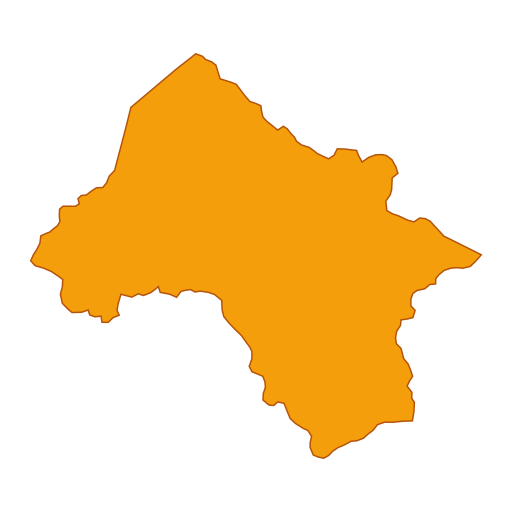 outline of Barra de Santana, Paraíba, Brazil
{"feature_id": "56859067B28014934647580", "entity_name": "Barra de Santana", "entity_type": "district", "adm_level": 2, "iso_a3": "BRA", "parent_name": "Brazil", "parent_adm1": "Paraíba", "projection": "robinson", "projection_center": [-35.963, -7.568], "detail": "fine", "context": "isolated", "style": "filled", "palette": "amber", "viewbox_px": 512, "rotation_deg": 0, "n_neighbors": 0, "source": "geoboundaries", "source_scale": "gbopen_adm2", "svg_char_len": 2640}
<svg xmlns="http://www.w3.org/2000/svg" viewBox="0 0 512 512"><path d="M273.7,405.5L277.7,401.9L284.0,403.3L287.4,411.8L290.1,418.4L295.4,423.4L302.9,428.2L307.9,430.5L311.6,436.4L310.2,442.3L310.1,447.5L313.3,455.0L318.4,457.1L323.7,458.2L328.6,455.5L332.9,451.0L338.2,447.5L344.2,445.0L351.2,441.2L356.7,440.8L363.5,438.2L367.5,434.5L373.2,430.2L377.4,424.7L384.6,422.2L393.0,422.2L403.2,421.2L412.4,420.9L413.9,411.7L414.4,402.4L411.7,398.2L411.9,392.4L407.1,386.1L409.8,380.5L412.6,376.3L410.2,369.0L408.1,364.0L403.7,358.6L401.0,348.4L396.4,343.7L395.5,337.9L396.7,331.3L400.5,325.3L401.0,319.9L407.3,319.0L412.9,317.6L415.1,310.4L410.9,305.8L410.9,299.0L412.9,293.4L417.2,290.4L424.8,288.8L429.8,284.5L435.6,283.9L435.7,278.7L438.8,274.8L444.1,270.4L451.5,268.0L457.4,267.7L462.9,268.2L470.3,266.4L476.0,260.8L481.3,254.8L443.8,236.1L438.3,230.0L434.4,225.9L430.3,221.3L425.2,218.6L419.7,218.0L413.9,221.9L407.8,220.2L402.5,217.7L397.9,215.6L392.6,213.9L386.8,210.5L385.8,201.2L390.2,194.9L391.6,189.8L391.9,184.2L392.2,177.9L397.9,173.3L395.9,167.0L391.9,159.7L386.3,155.5L381.9,154.6L375.7,154.8L368.7,157.4L362.1,162.0L358.4,155.3L356.6,150.4L351.8,149.9L345.4,149.1L337.3,148.8L334.0,155.3L328.6,158.8L321.8,155.7L317.2,153.5L313.5,150.5L309.2,147.4L301.6,145.0L296.6,141.4L294.4,137.1L291.0,133.7L287.2,128.8L283.4,126.3L277.7,130.1L272.7,126.0L266.9,121.4L263.0,117.1L261.5,111.0L260.9,105.7L255.8,103.5L249.9,101.5L244.9,95.8L236.2,84.3L230.6,82.1L224.8,80.3L220.2,78.9L218.0,72.2L215.9,65.1L211.5,61.8L205.7,59.6L202.5,56.3L195.8,53.8L175.7,69.6L130.9,107.4L125.7,128.3L114.6,170.5L109.2,176.2L106.6,182.8L102.8,187.5L96.4,187.8L90.9,191.4L86.5,194.9L81.4,195.5L78.0,198.6L79.3,203.7L75.4,206.3L69.3,206.2L63.1,206.2L59.6,209.1L59.3,216.4L59.9,221.6L57.5,225.7L53.6,228.7L49.8,232.0L45.7,233.6L40.8,235.9L39.9,243.3L36.7,249.6L33.4,254.8L30.7,260.8L35.2,265.7L43.7,268.2L51.0,271.3L58.4,276.2L62.7,279.5L62.4,286.6L60.4,294.3L62.4,303.4L67.6,308.8L72.0,312.5L76.9,312.4L81.9,312.2L88.2,310.0L89.7,314.9L94.8,316.8L101.0,316.2L102.0,322.3L108.3,322.3L113.1,317.6L119.2,315.2L117.0,310.2L118.2,303.6L120.9,294.3L126.4,295.7L131.8,297.1L138.3,293.8L143.4,295.5L150.6,292.7L154.4,289.9L158.4,286.6L160.2,292.4L164.6,293.2L169.9,294.3L176.6,297.3L180.9,291.5L185.6,290.2L190.7,289.6L195.1,292.0L200.1,291.1L208.6,292.4L214.7,294.6L221.7,300.4L222.1,309.7L223.8,316.5L228.6,322.6L235.2,329.5L241.4,335.5L245.9,341.8L249.7,347.0L251.9,351.4L251.9,358.9L249.2,366.3L251.9,371.7L257.5,374.0L262.8,376.3L265.0,382.1L265.4,387.4L263.3,393.4L263.0,400.0L268.9,405.0L273.7,405.5Z" fill="#f59e0b" stroke="#b45309" stroke-width="1.5"/></svg>